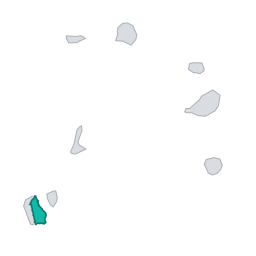 Sao Joao Baptista, Porto Novo, Cabo Verde shown in context, rotated 275°
{"feature_id": "66160863B46579427106888", "entity_name": "Sao Joao Baptista", "entity_type": "district", "adm_level": 2, "iso_a3": "CPV", "parent_name": "Cabo Verde", "parent_adm1": "Porto Novo", "projection": "orthographic", "projection_center": [-25.144, 17.011], "detail": "fine", "context": "in_parent", "style": "filled", "palette": "teal", "viewbox_px": 256, "rotation_deg": 275, "n_neighbors": 0, "source": "geoboundaries", "source_scale": "gbopen_adm2", "svg_char_len": 4354}
<svg xmlns="http://www.w3.org/2000/svg" viewBox="0 0 256 256"><g transform="rotate(275 128 128)"><path d="M173.3,209.2L168.6,216.8L158.1,216.2L152.7,213.2L146.4,203.8L146.5,196.5L148.7,190.1L148.3,184.6L149.1,183.1L152.4,184.1L152.9,187.8L162.5,196.8L166.1,198.5L173.3,209.2ZM36.9,51.0L29.2,52.7L26.0,51.9L25.0,45.4L23.4,41.1L23.8,39.2L41.3,30.8L47.5,32.2L51.8,38.9L48.8,42.6L36.9,51.0ZM213.9,108.1L220.5,109.6L223.0,109.0L227.2,109.3L231.7,113.5L232.6,118.1L230.4,123.8L221.8,128.6L216.8,128.1L210.8,123.9L214.1,115.4L213.9,108.1ZM105.1,222.1L98.9,225.2L94.6,223.9L90.5,220.6L88.5,216.0L90.1,212.0L98.4,207.2L103.3,208.7L106.0,216.1L105.1,222.1ZM121.8,77.4L125.0,79.8L126.1,81.5L121.3,82.4L109.6,79.3L106.5,81.2L103.4,88.0L97.4,77.8L97.8,74.0L99.1,72.9L107.4,75.6L121.8,77.4ZM194.0,198.5L191.8,198.8L188.4,195.1L189.1,190.0L188.7,188.7L191.6,183.2L197.3,183.6L198.8,187.6L199.2,196.0L194.0,198.5ZM59.0,61.5L52.6,63.5L48.6,63.3L42.9,60.4L44.7,57.3L50.9,53.8L55.2,53.0L58.7,59.2L59.0,61.5ZM215.8,73.6L213.4,77.8L210.2,71.7L208.6,70.2L207.7,61.4L212.2,58.7L214.4,58.5L214.6,67.6L215.8,73.6Z" fill="#d9dde1" stroke="#a8b0b8" stroke-width="1"/><path d="M44.0,37.4L43.7,37.2L43.5,37.3L43.4,37.2L43.4,37.4L43.3,37.5L43.2,37.5L43.1,37.8L43.3,38.0L43.1,38.2L42.9,38.4L42.6,38.6L42.4,38.6L42.0,38.8L41.9,38.7L41.7,38.8L41.4,38.7L41.1,38.9L40.9,38.9L40.6,39.2L40.0,39.3L39.3,39.6L39.0,39.9L38.9,39.9L38.9,40.0L38.7,40.0L38.5,39.9L38.5,39.6L38.3,39.5L38.2,39.7L37.9,39.8L37.6,39.8L37.4,39.8L37.2,39.8L36.9,39.8L36.6,40.2L36.2,40.4L36.1,40.5L36.0,40.8L35.8,40.9L35.5,41.0L35.4,41.1L34.9,41.0L34.6,41.0L34.2,41.0L33.9,41.1L33.5,41.1L33.4,41.2L33.2,41.1L33.0,41.3L32.7,41.2L32.5,41.5L32.3,41.5L32.0,41.7L31.8,41.9L31.6,42.0L31.2,42.1L30.7,42.3L30.1,42.4L29.8,42.3L29.4,42.6L29.2,42.5L28.6,42.7L28.4,43.0L28.2,43.2L28.0,43.3L27.9,43.3L27.6,43.4L27.4,43.5L27.3,43.4L27.2,43.3L26.9,43.2L26.6,43.1L26.4,43.0L26.2,43.0L26.0,43.4L25.9,43.5L25.7,43.8L25.5,44.0L25.3,44.1L25.2,44.1L25.0,44.3L24.5,44.5L24.2,44.5L23.9,44.6L23.9,44.8L24.0,44.8L24.3,45.1L24.5,45.2L24.8,45.7L24.8,45.8L25.0,46.2L25.1,46.3L25.1,46.5L25.2,46.9L25.3,47.4L25.2,47.6L25.2,47.8L25.3,47.8L25.2,48.0L25.2,48.3L25.0,48.6L25.1,48.8L25.4,49.1L25.5,49.4L25.6,49.5L25.8,49.8L25.7,50.0L25.9,50.6L25.8,50.8L25.5,51.1L25.4,51.2L25.4,51.3L25.2,51.5L25.2,51.9L25.2,52.0L25.3,52.1L25.2,52.1L25.2,52.3L25.5,52.5L25.4,52.8L25.5,52.8L25.8,53.1L25.9,53.4L25.9,53.6L26.1,53.7L26.2,53.9L26.5,54.0L26.7,54.3L26.8,54.4L27.2,54.2L27.3,54.1L27.6,54.0L27.6,53.9L27.8,53.8L27.9,53.7L28.2,53.6L28.5,53.6L28.8,53.5L28.7,53.3L29.0,53.2L29.4,53.1L29.5,53.1L29.8,53.0L30.0,53.0L30.3,53.1L30.7,53.1L30.9,53.1L31.2,53.2L31.3,53.3L31.5,53.5L31.8,53.6L31.9,53.8L32.1,53.8L32.3,53.9L32.6,53.8L33.1,53.7L33.3,53.8L33.5,53.9L33.5,54.0L33.9,54.1L34.1,54.1L34.3,54.0L34.6,53.7L34.8,53.5L35.0,53.4L35.1,53.5L35.3,53.3L35.7,53.3L35.9,53.2L36.0,53.3L36.1,53.1L36.3,53.0L36.5,53.0L36.6,52.7L36.9,52.5L37.1,52.3L37.2,52.2L37.3,52.0L37.3,51.9L37.5,51.8L37.5,51.7L37.7,51.3L37.9,51.3L37.9,51.2L38.0,50.8L38.2,50.7L38.3,50.4L38.4,50.2L38.5,50.1L38.9,50.0L39.1,49.9L39.5,49.9L39.8,49.8L39.9,49.3L40.1,49.1L40.2,48.9L40.3,48.8L40.5,48.6L40.8,48.4L40.9,48.2L41.0,48.2L41.2,47.9L41.3,47.9L41.4,47.7L41.5,47.6L41.8,47.1L42.3,46.8L42.4,46.7L42.5,46.7L42.7,46.4L42.8,46.4L42.9,46.2L43.0,46.1L43.3,46.0L43.2,45.9L43.3,45.9L43.5,45.6L43.8,45.5L44.0,45.5L44.1,45.4L44.4,45.3L44.5,45.2L44.9,45.2L45.0,45.2L45.3,45.2L45.6,45.2L45.5,45.4L45.7,45.2L45.9,45.2L46.0,45.1L46.3,45.1L46.5,45.1L46.8,45.0L46.9,44.9L47.0,44.8L46.9,44.8L46.9,44.7L47.0,44.7L46.9,44.6L47.0,44.6L47.1,44.4L47.2,44.5L47.2,44.4L47.3,44.5L47.4,44.4L47.5,44.4L47.4,44.4L47.7,44.3L47.7,44.2L47.8,44.2L48.2,44.1L48.3,44.0L48.5,43.9L48.7,43.7L48.7,43.8L48.9,43.7L49.1,43.5L49.4,43.3L49.5,43.2L49.9,43.0L49.9,42.9L50.0,42.9L50.2,42.7L50.3,42.7L50.5,42.5L50.7,42.3L50.8,42.3L51.1,42.1L51.3,42.1L51.2,42.0L51.2,41.9L51.3,41.9L51.2,41.7L51.3,41.6L51.3,41.4L51.5,41.4L51.4,41.3L51.6,41.1L51.4,41.1L51.0,41.1L50.9,41.0L50.9,40.9L50.6,40.9L50.4,40.6L50.2,40.6L49.9,40.5L49.6,40.3L49.3,40.3L49.3,40.1L49.2,39.8L48.8,39.7L48.6,39.3L48.5,39.1L48.2,39.0L48.1,38.7L47.5,38.3L47.2,38.3L47.0,38.1L46.8,38.1L46.6,38.0L46.4,38.0L46.1,38.1L45.8,38.0L45.7,37.9L45.5,38.1L45.2,38.2L44.9,38.0L44.8,37.8L44.8,37.5L44.8,37.4L44.7,37.4L44.4,37.3L44.0,37.4Z" fill="#14b8a6" stroke="#0f766e" stroke-width="1.5"/></g></svg>